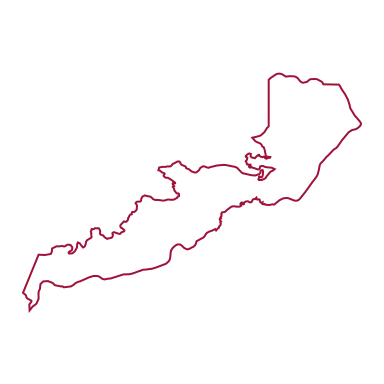 Anori, Amazonas, Brazil (Albers equal-area conic projection)
{"feature_id": "56859067B80375941692856", "entity_name": "Anori", "entity_type": "district", "adm_level": 2, "iso_a3": "BRA", "parent_name": "Brazil", "parent_adm1": "Amazonas", "projection": "albers", "projection_center": [-62.184, -4.211], "detail": "fine", "context": "isolated", "style": "outline", "palette": "rose", "viewbox_px": 384, "rotation_deg": 0, "n_neighbors": 0, "source": "geoboundaries", "source_scale": "gbopen_adm2", "svg_char_len": 6006}
<svg xmlns="http://www.w3.org/2000/svg" viewBox="0 0 384 384"><path d="M268.7,79.8L268.7,126.0L268.5,126.6L266.9,128.1L264.4,132.2L260.9,135.3L258.7,136.2L252.3,137.7L255.3,141.1L256.3,141.8L260.3,143.5L261.5,144.7L262.4,146.6L263.8,147.3L264.8,150.5L265.9,156.1L266.2,156.6L270.3,157.0L270.1,157.7L267.5,158.1L266.7,158.7L266.2,158.7L265.3,158.2L264.8,157.7L264.8,156.9L264.1,156.6L262.4,157.2L261.8,156.8L261.2,156.9L260.1,156.2L259.3,156.0L259.1,154.9L258.4,154.9L256.7,156.2L254.9,158.2L254.2,157.8L252.4,157.8L250.8,156.6L250.6,155.8L250.9,154.0L249.4,153.5L248.4,153.7L246.3,155.4L245.7,156.2L246.0,156.9L247.3,157.6L247.0,159.7L246.0,160.7L245.7,161.3L246.6,162.5L246.8,164.0L247.3,164.5L250.5,164.7L250.5,165.6L249.8,166.0L249.1,166.2L249.1,167.0L249.9,167.6L250.9,167.5L251.5,167.0L253.1,167.9L254.5,168.2L257.9,169.5L259.2,169.1L259.7,168.6L260.2,166.4L262.1,165.9L263.0,166.0L265.0,166.9L266.3,167.2L271.7,167.7L274.7,169.1L273.3,170.3L270.4,171.8L266.7,176.2L265.7,177.9L264.5,178.8L261.8,180.0L258.9,180.0L258.4,179.5L259.1,177.6L259.0,176.8L259.5,176.4L260.8,177.3L261.7,177.3L262.3,176.5L262.8,175.1L263.1,171.6L262.9,170.8L262.6,170.1L260.9,170.5L260.5,171.0L260.5,172.2L260.2,173.0L259.3,174.0L258.2,174.5L255.1,175.5L251.4,175.2L242.6,173.2L241.4,172.3L237.2,167.9L235.5,167.0L225.7,165.0L223.2,164.9L217.0,165.5L209.7,167.3L208.5,167.8L206.8,167.4L204.9,166.6L203.8,166.3L202.8,166.4L200.4,167.9L199.8,168.6L199.2,170.0L196.7,172.2L195.2,172.6L191.5,171.4L189.0,169.3L186.1,168.2L185.8,166.9L185.4,166.4L181.7,164.9L180.5,163.6L180.3,162.6L179.7,161.8L178.9,161.4L177.3,161.6L174.0,163.4L173.1,163.6L171.1,166.0L169.8,166.5L167.3,166.4L165.5,166.9L162.3,166.9L159.2,167.5L158.4,170.2L159.9,170.6L162.2,172.5L164.5,173.4L164.7,174.0L163.6,175.4L163.8,176.2L164.3,176.7L165.3,177.6L167.9,177.8L171.4,179.9L175.0,182.6L175.1,183.3L174.5,183.6L173.0,183.0L172.6,183.7L173.2,185.3L174.1,186.1L172.8,187.0L174.1,188.5L174.3,190.4L176.5,193.1L177.3,193.6L178.5,193.4L179.0,194.0L179.1,194.6L179.0,196.2L177.6,196.6L177.2,197.8L173.9,199.6L171.8,199.8L167.8,199.5L164.6,200.5L162.7,200.6L158.7,200.0L154.9,199.9L152.9,199.0L151.6,197.5L150.4,196.7L149.3,196.4L147.0,196.1L145.0,195.4L144.3,195.6L142.3,196.8L141.9,197.5L141.3,198.8L141.0,200.8L140.7,201.3L139.9,201.6L137.8,201.6L136.6,201.9L136.0,202.4L135.6,203.4L136.7,204.7L137.0,205.6L136.7,209.4L136.3,210.3L134.3,212.0L133.3,211.9L132.1,212.1L131.5,213.7L131.7,214.3L130.0,214.8L129.6,215.3L128.7,217.5L128.2,217.8L128.0,219.6L127.7,220.3L127.1,220.7L126.8,221.4L125.8,221.8L124.7,221.8L124.0,221.4L120.6,224.9L120.3,225.7L120.4,226.7L120.9,227.6L122.1,228.2L124.4,230.3L124.3,231.0L123.6,231.6L121.8,232.1L121.0,232.7L120.4,233.7L119.7,233.9L118.9,233.8L114.6,232.4L113.9,232.2L112.9,232.6L112.4,233.2L112.5,234.1L112.9,234.7L112.8,235.8L112.3,237.1L111.7,237.6L109.0,238.4L108.0,238.4L107.2,238.9L104.7,237.3L103.1,235.4L100.8,234.7L100.3,234.3L100.0,233.7L100.2,231.5L100.0,230.3L98.8,228.3L97.1,228.2L96.2,228.4L95.3,228.2L94.7,228.3L94.2,228.9L93.2,229.2L91.7,229.0L91.4,229.7L91.4,230.6L90.9,231.1L90.8,231.8L91.4,233.3L91.1,233.9L91.6,236.8L91.2,237.7L87.1,240.2L86.0,241.8L85.7,244.1L84.7,246.5L83.1,247.5L82.5,247.0L81.7,245.8L81.1,245.4L79.9,243.4L77.8,242.5L77.2,244.1L77.0,247.2L76.7,248.0L74.9,251.2L72.5,253.3L69.6,253.6L69.0,253.4L68.6,252.8L68.7,252.2L69.3,251.7L71.8,250.2L72.1,249.4L72.3,247.6L72.0,246.8L71.5,246.4L71.1,245.5L69.9,244.9L68.2,244.6L66.8,245.0L65.5,246.0L64.1,246.5L62.4,246.0L58.4,246.4L56.5,246.3L52.1,248.5L51.8,251.9L50.7,254.0L44.8,255.0L38.6,254.7L23.0,292.8L25.9,295.2L26.6,297.8L27.2,298.4L31.4,300.7L31.3,302.0L29.7,303.8L29.3,304.8L29.6,310.4L32.6,306.6L36.1,304.0L36.9,302.7L38.6,298.8L38.5,293.5L38.7,291.4L39.9,289.0L40.5,284.0L43.3,281.4L48.0,281.1L52.8,283.0L54.8,285.2L61.5,286.5L62.6,286.4L63.9,287.3L71.0,286.4L73.9,284.6L75.0,283.5L76.4,282.6L78.6,281.7L80.2,281.3L89.4,277.2L93.5,276.0L97.4,276.0L99.0,276.5L102.6,279.0L104.8,279.4L107.3,278.8L111.0,278.4L123.1,274.5L124.9,274.3L128.7,274.3L132.2,273.6L143.2,269.7L146.5,269.5L152.2,268.7L156.1,267.5L166.1,263.7L168.8,261.2L169.8,259.4L170.2,257.7L170.7,252.2L171.1,250.4L172.4,248.4L173.4,247.2L176.5,244.8L178.1,244.4L180.1,244.5L181.8,245.6L184.1,247.9L186.0,248.9L187.6,249.4L189.5,248.8L191.7,247.5L193.1,247.0L194.4,245.9L195.1,245.2L195.9,243.6L196.6,241.2L203.6,237.4L204.8,235.9L206.0,233.8L206.8,233.0L208.5,231.9L212.1,230.6L215.2,229.1L216.1,230.4L217.8,228.4L218.6,228.1L219.0,227.4L219.1,226.5L220.2,225.5L220.6,224.7L220.8,223.8L220.3,222.6L220.4,222.0L221.1,221.6L219.9,220.0L219.7,219.1L220.2,218.2L221.0,218.3L220.7,216.9L221.0,216.4L221.5,216.1L221.6,214.6L221.2,214.0L222.0,212.4L224.2,212.1L225.4,211.6L226.8,210.1L231.2,206.8L233.0,206.3L234.9,206.3L236.4,206.7L239.7,206.6L241.1,205.8L241.3,205.0L240.5,204.4L240.5,203.5L241.2,202.7L241.9,202.5L243.2,204.4L243.9,204.1L244.0,202.6L245.9,201.5L247.4,201.3L248.2,201.4L249.8,202.4L251.4,202.2L252.9,199.5L253.4,199.2L255.5,199.0L255.8,198.2L256.4,197.6L256.8,199.1L257.3,199.6L258.7,199.3L259.6,199.5L260.0,201.5L260.6,202.5L261.4,202.8L262.6,202.2L262.5,204.0L263.3,204.3L264.2,204.0L265.1,204.2L265.3,204.7L269.1,205.0L272.6,204.3L274.2,204.6L279.5,200.2L283.4,198.3L286.9,198.0L288.7,198.3L294.4,200.6L295.5,200.7L297.3,200.6L298.2,200.2L299.7,199.0L305.3,192.0L312.4,182.1L316.2,177.2L317.6,174.7L318.8,170.1L319.7,165.2L320.7,163.3L323.2,160.9L326.6,156.7L327.7,155.9L333.8,149.5L336.4,147.9L337.7,146.4L342.0,140.2L348.6,132.3L351.9,130.1L354.9,129.4L356.6,128.8L357.8,128.0L360.0,126.1L360.6,125.2L361.0,123.4L359.9,121.5L354.7,115.5L350.3,108.3L349.6,105.0L347.9,99.6L345.0,94.1L342.3,90.2L340.6,87.4L340.1,86.1L338.8,84.6L323.3,84.3L322.7,82.9L321.7,81.7L317.0,79.2L315.3,79.0L311.5,79.1L309.7,79.5L307.1,81.8L303.5,82.7L301.9,82.5L300.6,81.6L299.2,80.1L298.2,78.7L297.0,77.6L295.3,76.6L293.3,76.3L289.3,76.2L285.8,76.6L282.5,74.5L281.1,73.9L279.0,73.6L277.0,73.9L275.3,74.8L270.6,78.0L268.7,79.8Z" fill="none" stroke="#9f1239" stroke-width="2"/></svg>